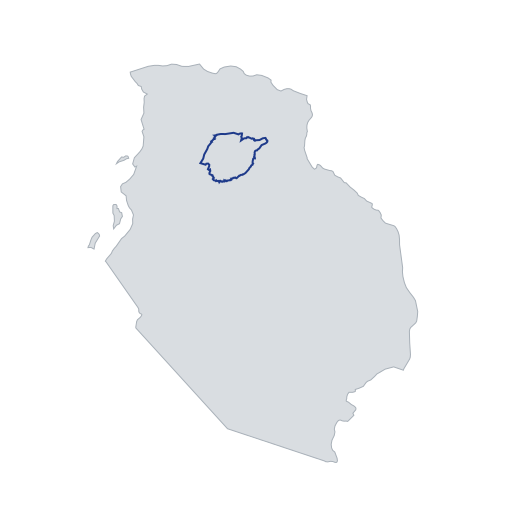 location of Ulanga, Morogoro, United Republic of Tanzania, rotated 199°
{"feature_id": "72390352B93515871634078", "entity_name": "Ulanga", "entity_type": "district", "adm_level": 2, "iso_a3": "TZA", "parent_name": "United Republic of Tanzania", "parent_adm1": "Morogoro", "projection": "albers", "projection_center": [36.287, -9.043], "detail": "medium", "context": "in_parent", "style": "outline", "palette": "blue", "viewbox_px": 512, "rotation_deg": 199, "n_neighbors": 0, "source": "geoboundaries", "source_scale": "gbopen_adm2", "svg_char_len": 5575}
<svg xmlns="http://www.w3.org/2000/svg" viewBox="0 0 512 512"><g transform="rotate(199 256 256)"><path d="M194.6,354.5L189.4,351.8L184.7,350.2L180.8,348.4L179.0,346.6L175.4,345.9L172.3,345.6L169.3,344.0L163.3,343.4L162.7,342.3L162.5,339.8L161.5,339.2L159.3,338.6L157.0,338.6L155.5,339.0L154.7,338.8L152.7,337.4L150.9,335.5L150.2,332.6L147.4,330.7L144.3,329.2L135.5,329.5L134.1,329.1L132.0,327.6L129.5,325.1L127.5,322.3L125.7,318.4L123.9,313.3L113.5,292.6L112.4,288.7L110.4,284.4L107.0,279.1L103.6,275.1L98.9,271.6L93.5,268.1L90.7,265.7L85.0,256.1L83.8,251.5L82.9,246.8L83.2,244.8L86.5,238.7L86.8,236.9L86.4,234.6L84.6,229.8L82.4,223.9L77.9,213.2L77.2,210.5L77.2,208.5L79.5,197.5L79.5,196.0L89.7,196.0L97.0,191.1L103.3,183.8L104.6,180.8L107.1,176.2L109.7,173.9L110.7,172.3L112.1,167.7L115.4,164.6L118.7,162.1L118.0,160.5L118.5,159.8L120.2,158.6L123.7,157.4L124.4,155.0L124.3,152.3L123.8,150.8L123.8,149.1L123.3,148.1L121.0,147.9L117.5,146.6L114.6,146.1L112.7,145.3L112.0,144.7L111.6,143.1L113.2,138.9L111.6,137.3L115.0,130.3L115.6,129.4L116.9,129.3L119.0,128.5L120.9,128.2L122.4,128.4L123.5,128.1L124.5,127.3L125.4,125.0L126.0,121.0L125.6,117.8L124.1,115.4L123.6,111.7L124.2,106.6L123.6,102.4L122.0,99.1L120.2,97.2L117.7,96.3L113.5,91.2L112.3,88.8L112.5,87.2L113.9,86.6L116.4,86.7L118.8,86.1L121.1,84.7L123.3,84.2L124.4,84.5L226.7,83.4L346.1,148.8L346.5,149.6L347.5,155.2L347.3,157.2L345.4,160.4L344.9,162.1L344.8,163.3L345.3,163.8L346.9,163.9L348.2,164.7L348.7,165.3L349.7,167.8L351.0,169.0L395.8,201.6L396.8,202.1L396.2,204.8L393.6,211.4L393.4,214.1L392.4,217.3L391.4,219.5L388.8,228.7L386.6,232.1L383.6,240.2L383.1,246.5L384.7,250.8L385.2,254.9L388.7,258.9L391.4,260.4L393.3,262.2L396.5,266.4L398.4,270.6L404.3,272.7L406.6,277.5L405.8,280.7L403.0,283.3L400.4,287.7L398.2,293.3L398.1,302.1L399.5,300.7L402.6,302.9L403.0,309.3L399.7,316.8L398.7,320.3L398.5,323.3L400.8,332.2L404.3,336.8L404.0,338.3L403.1,339.4L409.1,347.6L408.5,354.6L410.7,360.1L411.7,364.8L413.1,368.4L413.4,370.9L411.5,373.7L415.9,374.4L418.5,376.7L419.7,378.9L422.8,378.9L424.6,380.4L427.0,381.6L432.5,385.3L433.9,387.2L434.8,388.9L419.6,400.3L414.1,403.2L410.2,404.5L406.1,405.3L402.1,407.0L398.3,409.9L393.5,411.2L387.7,411.2L381.6,413.2L371.9,419.1L366.4,415.7L362.0,414.7L356.9,414.7L353.8,415.1L352.7,415.8L351.8,417.8L350.9,421.2L347.6,424.3L341.8,427.4L336.4,428.5L331.5,427.7L328.2,426.4L326.5,424.6L324.0,423.8L320.6,424.0L317.4,425.2L314.3,427.6L309.4,428.6L302.6,428.3L299.0,427.2L298.5,425.2L295.5,422.9L290.1,420.2L286.1,420.1L283.6,422.7L281.2,424.3L279.1,425.0L277.2,425.1L274.5,424.4L267.0,424.1L259.9,424.2L259.2,420.5L257.7,418.3L256.5,417.0L254.0,416.6L253.3,415.6L252.5,413.3L251.3,411.3L249.7,409.7L248.7,408.2L248.4,406.8L248.6,405.3L250.1,401.5L250.6,398.9L250.4,396.2L249.6,393.5L247.9,390.3L248.1,389.3L247.5,387.1L247.4,385.6L247.7,383.6L247.4,381.1L245.9,375.7L245.9,374.3L244.4,371.7L239.6,365.5L239.4,364.7L231.9,358.4L229.0,357.1L227.9,358.3L227.5,359.4L227.8,361.4L227.7,362.4L227.4,362.8L225.6,362.8L224.5,362.5L221.7,360.9L219.5,360.5L214.1,360.8L212.2,361.2L210.7,360.9L207.8,358.0L204.4,357.4L201.4,357.3L196.4,354.1L194.6,354.5ZM405.3,250.0L407.7,256.9L407.4,258.2L405.6,259.0L404.7,259.0L403.6,257.9L402.9,255.6L401.6,256.1L399.3,253.3L397.1,253.2L395.2,249.9L396.0,247.0L395.6,242.1L398.0,239.6L399.4,235.3L400.9,238.2L401.2,242.8L403.3,248.1L405.3,250.0ZM417.6,209.2L417.7,210.8L417.2,212.3L417.3,217.2L417.1,220.4L415.2,224.9L413.7,226.5L412.3,226.0L411.2,225.3L410.4,224.0L412.2,215.8L411.4,209.8L414.8,210.4L417.6,209.2ZM411.7,308.3L409.9,308.7L409.2,308.3L408.2,306.9L410.1,305.8L411.9,303.6L416.1,300.4L418.0,297.8L417.7,300.3L415.3,305.9L413.3,306.2L411.7,308.3Z" fill="#d9dde1" stroke="#a8b0b8" stroke-width="1"/><path d="M338.8,325.7L333.4,325.9L333.0,327.1L331.4,327.8L329.9,327.1L329.5,325.6L329.7,322.4L328.3,322.0L327.6,322.8L326.9,321.5L327.1,319.6L326.8,318.5L325.9,318.2L323.6,318.2L323.5,317.6L322.4,317.3L322.1,316.5L321.3,316.1L321.9,314.7L320.6,313.9L318.9,314.1L318.5,313.9L318.3,314.3L318.0,313.9L317.4,314.4L316.3,314.4L315.8,314.8L315.3,314.3L314.9,314.8L314.6,314.2L314.4,314.8L313.8,315.0L313.7,315.4L312.3,315.1L312.1,315.6L310.5,316.0L310.6,316.7L310.3,316.5L309.9,317.5L308.7,316.9L308.1,317.2L308.3,317.7L304.9,319.3L305.0,319.6L304.1,320.1L304.1,321.0L304.4,321.2L303.2,321.8L302.9,322.6L302.1,322.7L301.3,323.5L300.2,323.1L299.7,323.2L298.0,326.5L297.6,326.5L296.8,327.7L295.2,328.4L295.1,328.9L294.5,329.1L293.0,331.0L291.0,335.7L290.9,337.1L290.0,338.9L290.0,340.0L288.9,341.4L289.2,342.2L289.0,342.6L289.5,342.8L290.0,344.5L290.3,347.1L289.2,348.0L288.8,348.0L288.9,348.8L288.5,348.8L290.0,349.0L290.2,349.5L290.1,350.8L290.5,351.4L290.3,351.9L291.0,353.3L291.1,354.7L290.7,355.5L289.3,356.3L289.2,357.1L287.9,358.8L286.8,362.7L283.7,365.5L282.8,366.8L282.5,367.8L282.9,368.2L282.9,368.9L284.3,369.4L285.1,370.5L285.6,370.7L287.9,369.5L290.4,366.8L294.0,365.3L294.4,364.7L294.9,364.6L295.3,364.8L295.1,365.4L295.7,365.5L295.6,365.8L296.0,366.2L296.7,366.0L297.4,366.2L298.2,365.5L302.1,365.9L302.2,365.5L303.2,365.3L303.5,364.2L305.5,363.4L307.7,360.4L307.8,361.7L307.3,361.9L307.3,362.5L308.8,363.9L308.6,364.9L309.1,367.3L310.0,367.1L311.5,366.2L312.1,365.3L317.3,365.2L324.5,361.4L329.2,359.8L332.7,357.8L333.3,357.0L333.9,356.7L333.3,356.6L333.9,355.9L333.5,355.6L333.8,355.1L333.7,354.6L333.9,354.1L333.6,354.0L334.1,353.5L333.5,353.0L333.9,352.8L335.4,350.1L335.0,349.7L335.5,349.5L335.2,349.2L335.6,347.6L336.9,344.2L336.9,341.3L338.0,335.1L337.6,330.9L338.8,325.7Z" fill="none" stroke="#1e3a8a" stroke-width="2"/></g></svg>